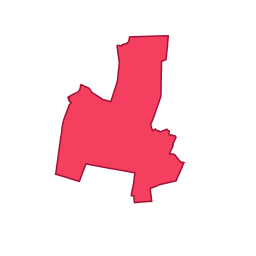 outline of Singureni, Giurgiu, Romania, rotated 145°
{"feature_id": "2599482B21174600796262", "entity_name": "Singureni", "entity_type": "district", "adm_level": 2, "iso_a3": "ROU", "parent_name": "Romania", "parent_adm1": "Giurgiu", "projection": "equal_earth", "projection_center": [25.934, 44.23], "detail": "fine", "context": "isolated", "style": "filled", "palette": "rose", "viewbox_px": 256, "rotation_deg": 145, "n_neighbors": 0, "source": "geoboundaries", "source_scale": "gbopen_adm2", "svg_char_len": 5455}
<svg xmlns="http://www.w3.org/2000/svg" viewBox="0 0 256 256"><g transform="rotate(145 128 128)"><path d="M89.5,201.7L89.8,201.6L92.9,195.8L93.8,194.0L94.7,192.3L94.8,192.0L95.5,190.5L95.9,189.8L96.1,189.4L96.7,188.3L97.2,187.3L97.7,186.3L97.8,186.2L98.0,186.0L100.5,183.2L101.3,182.3L102.1,181.4L102.5,181.0L104.6,178.5L104.8,178.2L105.2,177.8L106.9,175.8L107.4,175.2L108.8,173.6L109.7,172.6L109.9,172.5L110.0,172.4L112.7,170.2L113.0,170.0L113.1,169.9L117.8,166.4L118.2,166.1L121.1,163.9L123.8,161.8L125.0,161.0L125.8,160.4L126.3,160.0L127.1,159.4L127.5,160.0L128.1,160.7L128.2,161.0L128.4,161.4L128.7,161.6L129.1,162.0L130.4,163.6L130.9,164.3L131.3,164.6L132.1,165.2L132.5,166.5L132.7,167.1L133.6,169.3L134.1,170.3L134.3,171.0L134.7,171.9L135.0,172.5L135.3,173.5L136.2,175.3L136.4,176.2L137.1,177.7L137.1,178.1L137.0,178.9L137.1,180.1L137.1,181.9L137.1,183.0L137.4,183.5L138.0,184.4L138.4,185.1L138.5,185.5L139.1,186.1L139.4,186.7L140.1,187.9L140.3,188.3L140.6,188.9L140.9,189.6L141.2,189.8L141.6,190.3L141.8,190.5L142.2,190.4L142.6,190.1L142.7,189.3L142.8,189.2L144.0,188.4L144.4,188.1L144.8,187.7L145.2,187.4L145.8,186.9L146.2,186.8L147.0,186.6L147.5,186.4L147.9,186.2L149.6,186.4L152.4,186.9L153.8,187.2L155.7,187.3L158.7,187.6L158.9,187.7L159.0,187.7L159.1,187.8L159.3,187.7L159.5,187.5L159.6,187.1L160.0,186.6L160.0,186.4L159.9,186.3L159.8,186.2L159.5,186.2L159.2,186.1L159.1,185.8L159.2,185.6L159.4,185.5L160.5,184.9L160.6,184.7L160.6,184.2L160.2,183.9L160.1,183.7L160.3,183.5L160.5,183.3L160.6,183.1L160.6,182.9L160.6,182.7L160.4,182.3L160.0,181.7L159.9,181.3L162.9,180.6L163.7,180.1L165.0,179.1L167.1,177.7L174.2,172.8L175.5,171.9L177.7,170.1L179.7,168.2L181.1,166.8L183.4,164.3L183.9,163.7L185.2,162.2L185.5,161.8L186.0,161.3L186.3,161.1L186.7,160.6L188.4,159.0L189.6,157.7L190.3,156.9L193.6,153.4L197.2,149.5L198.4,148.2L199.4,147.2L200.0,146.5L201.8,144.5L202.3,143.9L204.1,142.0L205.3,140.7L209.2,136.6L210.1,135.5L210.3,135.3L211.8,133.7L213.4,132.0L213.5,131.9L213.9,131.7L213.6,131.3L213.0,130.7L210.3,127.3L208.6,125.2L201.9,116.5L198.8,112.4L198.5,112.1L195.5,114.2L189.6,118.3L189.3,118.4L189.3,118.5L185.8,120.8L183.0,122.7L179.1,118.7L175.7,115.2L172.0,111.4L171.4,110.9L171.1,110.5L169.6,109.0L167.2,106.6L165.3,104.6L160.4,99.8L158.1,97.5L157.5,96.8L156.7,96.0L155.7,95.1L155.4,94.7L154.6,94.0L153.7,93.1L152.6,92.0L150.2,89.4L149.1,88.3L148.1,87.3L150.4,84.8L153.5,81.3L154.0,80.8L156.2,78.4L158.1,76.6L158.6,76.2L164.2,70.8L164.3,70.8L164.6,70.9L162.0,69.1L163.1,67.5L165.2,63.8L165.5,63.1L157.5,58.6L150.6,54.3L148.0,59.3L147.4,60.4L146.8,61.6L145.3,64.2L144.6,65.3L144.4,65.8L141.5,65.0L139.6,64.4L137.0,64.0L134.7,63.5L119.0,57.1L114.5,60.0L113.4,60.5L109.6,62.8L108.9,63.3L107.4,64.2L107.1,64.4L106.7,64.4L106.5,64.5L106.3,64.8L106.0,65.1L104.1,66.3L104.0,66.5L103.2,67.0L102.4,67.5L102.0,67.5L102.2,67.8L103.4,69.1L103.7,69.2L104.0,69.7L104.2,70.0L104.3,70.4L104.5,71.0L104.5,71.4L104.7,73.6L104.8,75.8L104.9,77.0L105.0,79.4L105.0,79.5L106.5,80.8L106.3,80.9L108.8,83.1L107.7,83.7L106.8,84.3L102.9,86.6L101.9,87.2L101.4,87.6L101.0,87.9L100.9,88.0L100.9,88.3L101.1,88.5L101.0,88.8L100.4,89.1L97.8,90.6L96.5,91.4L94.0,92.8L93.9,92.9L94.1,93.5L94.1,93.8L94.1,94.1L94.1,94.4L94.0,94.5L94.6,95.2L95.1,95.6L95.3,95.8L95.5,96.0L95.8,96.3L95.8,96.7L95.8,96.9L95.9,97.0L96.2,97.2L96.6,97.6L96.9,97.8L97.0,97.9L97.4,98.0L97.7,98.1L97.9,98.1L98.0,98.2L98.0,98.4L98.0,98.5L97.9,99.2L97.8,99.7L97.6,100.2L97.5,100.3L97.2,100.6L96.9,100.9L96.6,101.0L96.4,101.3L96.1,101.6L96.0,102.0L96.2,102.3L96.3,102.5L96.6,103.0L96.8,103.2L96.9,103.4L96.9,103.5L96.8,103.8L96.7,104.0L96.8,104.5L97.0,104.8L97.5,105.0L97.9,105.0L98.4,105.0L98.8,104.9L98.9,105.0L99.2,105.2L99.9,105.5L100.3,105.6L101.0,105.8L102.1,105.8L102.3,105.9L103.7,106.4L103.8,106.5L104.0,106.7L104.1,107.0L104.1,107.4L104.2,107.6L104.3,107.7L104.6,107.9L104.7,108.2L104.7,108.3L104.9,108.4L105.0,108.5L105.3,108.8L105.5,109.1L105.8,109.3L105.8,109.6L105.9,109.9L106.1,110.1L106.1,110.3L106.0,110.6L106.0,110.9L106.1,111.2L106.2,111.5L106.6,111.6L106.9,111.7L107.5,111.7L109.2,111.5L109.3,111.5L109.2,111.7L109.3,112.0L109.2,112.6L108.5,114.9L107.4,117.7L107.3,117.9L107.3,118.0L106.5,118.5L105.3,119.2L101.9,121.4L100.9,122.0L100.1,122.6L97.9,124.2L94.1,127.0L92.5,128.2L91.0,129.1L90.9,129.2L90.5,129.5L90.1,129.8L90.0,130.0L89.9,130.1L89.5,130.4L88.6,130.9L88.2,131.2L87.7,131.5L87.3,131.8L86.6,132.4L86.2,132.7L84.7,133.8L84.4,134.0L84.2,134.1L83.8,134.4L83.2,134.9L83.0,135.2L82.4,135.8L81.5,137.0L80.2,138.8L79.4,139.8L79.1,140.3L78.7,140.7L78.0,141.7L77.9,141.8L77.4,142.6L76.5,144.0L72.4,149.5L72.2,149.8L72.0,150.0L71.3,151.0L70.8,151.8L70.6,152.0L70.1,152.7L67.3,156.5L65.3,159.3L64.2,160.8L64.0,161.0L62.3,163.3L57.6,162.2L55.5,164.6L50.4,170.6L50.1,170.9L48.4,172.8L48.1,173.0L47.9,173.3L47.7,173.9L47.7,174.0L46.9,174.8L46.4,175.3L46.1,175.7L45.9,175.9L45.1,176.9L42.1,180.4L44.0,181.7L45.6,182.8L45.9,183.0L47.1,183.7L48.0,184.4L50.1,185.8L58.8,191.5L59.3,191.9L59.8,192.2L61.4,193.2L63.2,194.4L64.0,194.9L65.8,196.1L66.3,196.4L69.6,198.6L71.5,199.8L72.9,200.7L73.3,201.0L74.5,201.7L75.3,200.9L78.1,198.2L78.4,198.2L78.9,198.4L79.1,198.4L79.3,198.4L79.9,198.3L80.1,198.2L80.7,197.8L81.7,198.4L82.0,198.6L82.4,198.7L83.4,199.1L84.0,199.3L84.6,199.4L84.8,199.5L85.0,199.5L85.5,199.4L86.1,198.9L86.3,198.8L86.5,199.0L86.7,199.3L87.3,200.1L87.5,200.4L87.8,200.6L88.2,201.0L88.6,201.3L89.1,201.6L89.5,201.7Z" fill="#f43f5e" stroke="#9f1239" stroke-width="1.5"/></g></svg>